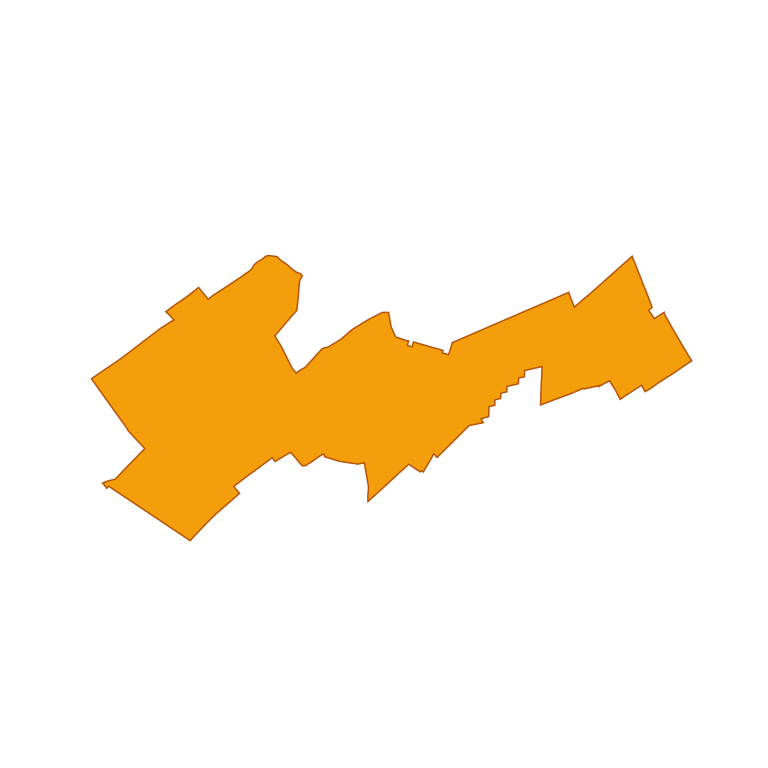 Los Reyes de Juárez, Puebla, Mexico (Mercator projection), rotated 118°
{"feature_id": "50627088B78424416735733", "entity_name": "Los Reyes de Juárez", "entity_type": "district", "adm_level": 2, "iso_a3": "MEX", "parent_name": "Mexico", "parent_adm1": "Puebla", "projection": "mercator", "projection_center": [-97.83, 18.968], "detail": "fine", "context": "isolated", "style": "filled", "palette": "amber", "viewbox_px": 768, "rotation_deg": 118, "n_neighbors": 0, "source": "geoboundaries", "source_scale": "gbopen_adm2", "svg_char_len": 4035}
<svg xmlns="http://www.w3.org/2000/svg" viewBox="0 0 768 768"><g transform="rotate(118 384 384)"><path d="M516.7,644.8L527.5,623.1L543.9,590.0L545.3,588.2L553.3,564.9L588.9,575.2L590.0,575.4L594.4,576.7L598.7,581.8L603.5,585.9L603.5,585.7L603.9,584.2L604.3,584.3L606.2,579.8L603.5,579.1L609.5,519.6L613.3,481.6L607.7,480.2L589.1,475.0L577.2,471.2L564.7,466.4L564.3,466.2L560.3,464.7L560.1,464.6L549.9,460.9L548.5,460.1L546.5,465.0L545.2,467.7L544.9,468.4L542.4,467.4L537.6,465.2L529.5,461.5L521.5,457.6L521.3,457.5L513.5,453.7L513.4,453.7L511.2,452.7L505.7,450.1L501.5,448.2L503.6,443.8L490.0,435.7L488.0,433.9L488.2,433.6L488.6,433.1L490.4,428.5L490.4,428.3L492.6,423.0L493.6,420.5L494.6,417.7L493.0,415.1L491.4,414.0L491.1,413.9L488.9,412.9L488.4,412.3L485.0,410.5L478.2,407.1L475.4,405.6L474.1,404.2L476.1,402.2L475.0,396.8L473.4,388.1L472.5,385.0L471.1,381.2L469.3,376.0L469.2,375.8L466.9,369.2L466.7,369.0L466.4,368.8L463.0,364.5L462.9,364.3L472.9,356.5L474.3,355.4L478.7,352.0L481.6,349.8L482.4,349.3L485.4,347.8L490.7,345.6L495.3,343.0L483.3,338.7L475.0,335.7L461.0,330.8L455.8,329.0L445.4,325.2L443.2,324.6L444.0,316.6L444.3,314.0L444.5,310.6L442.9,310.3L442.9,310.0L443.0,309.5L443.2,307.9L441.1,307.9L427.9,307.3L422.9,307.4L422.4,307.4L422.7,305.7L423.7,303.5L423.9,302.6L380.7,289.3L378.8,287.0L377.9,285.9L371.7,278.4L371.5,278.2L369.3,282.0L369.1,281.8L363.8,276.5L363.6,276.3L354.6,280.7L350.8,276.2L350.7,276.2L345.9,278.7L342.2,274.3L337.0,276.3L333.2,271.9L328.4,274.4L324.5,269.8L320.7,265.5L315.5,267.9L311.7,263.4L306.1,266.1L302.1,261.6L298.5,257.4L296.3,254.8L294.3,252.6L299.8,250.0L305.1,247.5L309.7,245.4L309.9,245.3L314.7,242.9L319.5,240.7L320.6,240.0L324.6,238.1L329.0,236.0L303.9,213.8L294.3,206.0L294.5,205.3L294.2,204.7L284.4,193.3L285.3,193.0L279.6,189.4L275.9,186.7L275.3,186.3L275.5,185.9L280.8,176.7L286.6,168.5L286.7,168.3L282.1,165.9L264.2,156.1L264.8,155.2L265.8,153.6L267.2,151.4L268.2,149.9L263.8,147.1L259.1,144.7L254.2,142.3L252.2,141.3L249.1,139.4L244.3,136.7L239.3,133.9L235.1,131.7L229.7,128.9L224.6,126.2L219.6,123.5L219.1,123.2L218.2,124.7L216.0,128.5L215.3,129.7L213.1,133.2L212.3,134.5L210.4,137.7L210.3,137.9L207.4,142.6L204.4,147.3L201.6,152.0L198.7,156.6L197.1,159.0L194.0,164.0L192.8,165.9L190.1,169.9L189.3,170.3L194.6,173.3L197.4,174.8L199.3,175.9L199.2,176.1L195.2,184.0L194.6,184.6L193.8,184.5L192.2,183.9L190.6,183.3L188.2,185.7L178.1,197.3L175.2,201.1L170.0,206.9L167.9,209.3L164.2,213.8L160.9,217.5L157.5,221.7L155.7,223.8L154.7,224.9L199.1,241.3L204.1,243.2L209.0,245.0L213.9,247.1L219.0,249.0L226.7,252.0L222.2,257.5L221.8,257.9L220.1,259.8L219.1,261.0L218.4,261.8L218.2,262.0L216.6,263.6L216.3,263.9L228.6,273.7L268.3,305.5L315.4,343.1L315.6,343.0L327.8,340.8L329.2,347.1L326.7,347.6L327.6,352.4L327.7,352.8L328.9,357.8L329.9,362.6L329.9,363.0L332.0,372.6L332.1,372.9L333.0,377.7L338.0,376.7L339.0,381.5L337.8,381.7L334.4,382.5L335.2,384.1L335.2,384.5L335.7,388.4L335.8,388.6L336.6,393.5L337.1,395.1L336.9,395.7L334.6,399.0L329.7,405.0L329.3,405.3L320.8,411.9L319.4,412.9L318.6,413.5L321.5,419.0L333.9,427.7L350.5,437.5L365.0,443.2L368.5,445.2L375.4,449.4L376.7,450.1L377.5,450.7L378.2,451.4L379.6,453.0L380.5,454.0L381.3,454.7L382.1,455.2L387.1,456.6L390.2,457.4L394.1,458.3L398.4,459.4L402.5,460.4L406.1,461.3L411.8,464.9L415.6,466.6L414.6,469.1L413.0,472.7L410.2,476.6L406.8,481.4L402.4,487.7L399.4,491.8L399.3,492.0L398.6,493.1L392.6,503.1L391.2,502.7L386.2,501.5L383.1,500.8L381.8,500.5L380.1,500.2L372.3,498.4L370.6,498.1L363.7,496.5L359.8,495.5L355.9,497.2L352.9,498.3L351.6,498.8L351.3,498.9L333.0,506.8L326.6,507.1L325.8,509.7L326.4,513.4L325.6,519.5L324.1,525.3L323.4,531.4L323.0,534.3L321.7,538.2L325.2,547.2L327.6,548.8L332.4,550.8L334.0,552.2L339.2,554.5L344.5,554.8L347.6,555.9L353.5,559.1L355.3,559.8L375.0,570.4L375.4,570.6L385.4,576.2L390.2,578.4L391.7,579.2L385.8,593.0L399.9,599.2L410.3,604.7L422.5,610.6L423.2,609.0L423.1,608.3L426.0,599.7L431.1,602.6L439.7,607.4L485.0,628.2L516.7,644.8Z" fill="#f59e0b" stroke="#b45309" stroke-width="1.5"/></g></svg>